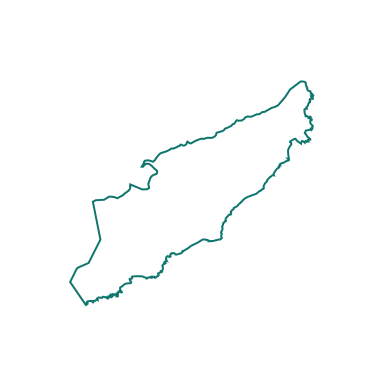 the district of Fomboni, Moûhîlî, Comoros, rotated 114°
{"feature_id": "10938185B23268545061954", "entity_name": "Fomboni", "entity_type": "district", "adm_level": 2, "iso_a3": "COM", "parent_name": "Comoros", "parent_adm1": "Moûhîlî", "projection": "robinson", "projection_center": [43.719, -12.295], "detail": "fine", "context": "isolated", "style": "outline", "palette": "teal", "viewbox_px": 384, "rotation_deg": 114, "n_neighbors": 0, "source": "geoboundaries", "source_scale": "gbopen_adm2", "svg_char_len": 6032}
<svg xmlns="http://www.w3.org/2000/svg" viewBox="0 0 384 384"><g transform="rotate(114 192 192)"><path d="M338.4,243.0L337.2,242.4L337.2,242.1L336.9,241.9L336.4,242.0L336.3,242.6L335.7,242.6L335.5,243.3L334.5,243.0L333.0,240.8L332.2,239.1L332.3,238.6L333.0,238.2L333.2,237.8L333.0,237.4L331.9,238.0L331.5,237.7L331.0,236.4L329.3,235.4L329.2,234.1L328.9,234.3L329.0,234.9L328.6,235.4L328.1,235.5L326.2,234.3L326.1,233.2L325.4,232.0L325.3,231.1L324.0,230.8L323.6,229.9L323.4,228.5L323.4,227.5L322.9,227.2L323.6,226.4L323.8,225.4L323.3,226.1L323.2,225.5L322.5,225.9L322.3,225.4L321.5,225.7L321.5,225.1L320.9,225.3L320.5,225.0L320.7,224.2L320.1,224.4L320.4,223.6L319.7,223.9L320.0,223.4L320.0,222.9L319.5,223.1L319.5,222.7L319.2,222.8L319.0,223.4L318.4,223.1L318.4,222.8L318.0,223.3L317.4,222.8L317.8,221.5L317.1,221.3L316.9,220.9L317.4,218.3L318.0,218.3L317.8,217.8L317.5,217.7L317.4,217.3L317.2,217.3L317.2,217.8L317.0,218.4L316.3,218.7L316.1,219.4L315.5,219.7L315.0,219.2L315.0,218.4L314.6,218.6L314.6,218.3L314.0,218.3L313.8,218.6L313.3,218.3L313.1,218.6L312.7,218.6L312.1,217.5L312.3,216.7L312.6,216.5L312.6,216.0L312.1,215.9L312.1,216.4L311.8,216.7L311.6,216.6L311.6,216.1L311.1,216.7L311.1,217.4L310.7,217.9L308.5,218.8L306.5,217.4L303.5,216.0L302.2,214.6L300.3,211.1L299.8,210.8L299.0,210.9L298.5,211.6L298.3,212.3L297.1,213.5L296.6,213.5L296.2,212.4L295.3,211.7L294.1,212.3L293.5,212.2L291.4,208.3L289.2,202.9L289.4,201.7L289.0,200.0L289.6,198.3L289.2,197.8L288.2,197.6L287.7,196.4L286.7,195.7L286.9,194.5L286.0,194.5L286.1,193.6L285.4,193.6L285.4,192.7L284.9,192.1L285.2,191.9L285.5,191.1L284.7,190.1L283.9,190.2L282.7,188.9L281.7,189.1L281.4,188.7L280.3,189.8L280.0,189.8L278.9,188.6L278.4,188.5L278.0,187.9L277.0,188.3L276.9,187.7L277.3,187.2L277.1,186.9L273.3,187.6L272.4,188.1L271.6,189.1L270.3,189.0L269.8,188.5L268.8,188.6L268.7,188.4L268.7,187.9L268.4,187.6L267.9,187.9L267.8,188.4L267.6,188.5L267.4,187.9L267.1,188.5L266.9,188.5L265.8,187.8L265.4,187.8L265.3,187.2L265.0,187.7L264.6,187.6L263.9,188.6L262.8,188.6L261.9,189.0L260.6,188.4L260.3,187.1L260.6,186.1L259.9,185.8L259.6,185.4L257.9,186.4L256.9,186.1L256.3,185.2L255.9,185.3L255.2,183.6L255.1,183.1L255.8,181.9L255.6,180.9L252.3,176.9L249.8,176.0L249.7,176.4L248.3,175.0L247.0,174.3L245.9,173.3L241.4,170.8L236.2,166.4L231.1,162.9L230.0,160.8L230.0,159.3L229.5,158.2L229.6,157.5L230.2,157.0L229.9,156.8L229.9,156.3L229.7,156.1L229.5,155.0L229.1,154.8L228.3,152.9L227.5,151.9L226.9,151.4L226.2,150.1L225.1,149.1L223.8,146.8L221.8,146.0L221.5,146.7L220.3,147.5L218.0,147.8L217.6,148.7L217.2,149.1L214.5,148.9L212.5,149.4L211.5,150.4L209.6,150.3L208.4,150.7L207.0,150.7L206.6,150.0L205.4,150.0L204.9,149.3L204.5,149.3L204.3,149.8L203.6,150.1L202.2,150.4L197.7,148.9L196.9,147.5L196.4,147.6L196.3,147.4L196.0,147.4L195.3,148.0L194.8,147.9L194.4,148.5L193.9,148.5L191.7,147.8L191.1,147.1L189.6,147.3L186.6,145.0L183.4,144.0L182.1,143.2L180.8,143.0L180.4,142.5L178.8,142.2L176.1,140.9L173.7,139.0L167.3,132.4L163.8,130.8L162.9,129.7L161.7,129.5L160.0,128.0L159.4,127.9L158.5,128.6L157.4,128.9L154.6,128.9L151.9,127.9L150.1,128.1L147.1,127.0L144.0,125.3L143.5,124.8L143.4,124.0L143.2,124.2L143.2,124.6L142.1,124.8L139.1,124.5L136.4,123.9L134.4,122.6L134.3,122.8L133.9,122.5L133.4,123.1L132.8,122.8L132.5,122.9L132.2,122.5L132.1,123.0L131.9,123.0L131.7,122.5L130.7,122.9L129.3,121.9L127.5,119.8L126.0,118.9L123.6,116.5L123.3,116.7L122.8,117.7L122.7,117.0L122.3,116.8L121.3,117.7L117.6,119.9L114.6,121.3L111.6,121.3L109.3,121.0L108.6,120.6L106.9,121.2L106.6,122.7L105.9,122.9L102.3,120.4L101.3,119.2L102.3,117.3L102.9,115.4L103.4,112.1L102.5,112.5L102.1,112.2L100.9,112.3L100.6,111.9L100.5,111.1L101.0,109.3L100.4,109.6L99.8,109.1L99.7,108.3L99.2,108.5L99.1,107.4L98.5,106.0L98.1,106.1L97.3,107.4L96.0,106.9L95.9,105.4L95.5,105.6L95.4,106.8L94.8,107.6L94.7,108.9L93.2,111.0L92.2,113.0L89.5,112.9L88.8,111.8L87.0,109.6L87.0,108.6L86.0,109.0L86.0,107.9L85.7,107.8L85.2,107.9L85.2,108.4L84.7,108.6L84.2,108.2L83.8,108.3L83.5,108.6L83.1,108.3L82.5,108.5L82.1,109.3L81.9,110.2L81.0,111.8L79.9,112.6L79.0,112.9L78.3,112.3L77.9,112.8L77.7,112.7L77.7,112.0L77.3,111.8L77.1,112.1L77.1,113.2L76.9,113.2L77.0,115.7L76.6,115.7L75.6,115.0L75.6,114.6L75.3,114.2L75.2,114.5L75.1,114.8L76.2,116.2L75.9,118.0L76.6,118.9L73.6,121.5L71.4,122.5L71.3,122.8L70.6,122.7L70.0,122.2L69.2,121.0L68.4,122.0L66.3,121.3L63.6,121.6L62.2,121.1L62.0,120.7L61.4,120.8L61.1,121.4L60.4,121.3L60.2,122.0L59.3,122.1L57.8,120.6L57.9,120.2L57.4,120.0L57.4,119.6L57.0,119.8L57.3,121.1L56.0,122.3L54.9,120.4L54.4,120.5L54.5,121.6L54.3,121.9L53.6,122.0L53.5,122.6L53.8,123.4L53.0,123.6L52.4,124.7L51.9,124.8L52.2,127.3L51.0,128.7L50.2,128.9L50.2,129.4L49.2,130.0L48.6,130.9L47.7,131.4L47.1,132.1L46.1,132.3L45.7,132.8L45.6,134.5L46.8,137.7L58.5,144.1L67.2,145.5L77.8,148.6L80.8,151.1L82.6,153.3L89.2,158.2L90.3,160.2L93.3,162.0L94.1,163.0L94.6,164.4L98.9,168.2L99.7,169.7L100.5,172.1L102.2,173.7L104.1,174.1L106.4,175.6L107.9,178.3L108.3,180.4L112.6,181.2L113.5,182.4L115.7,183.1L119.2,186.0L120.1,187.1L120.9,187.7L122.1,187.8L123.3,188.5L124.6,189.7L127.8,193.5L128.4,193.7L129.6,193.3L130.6,193.3L131.8,193.8L133.5,194.8L135.1,197.0L136.0,199.7L138.8,203.0L139.5,205.3L143.9,209.7L148.0,212.7L148.4,214.1L147.8,216.6L148.8,216.9L149.9,216.6L151.4,216.9L152.5,217.8L153.1,218.8L153.3,220.7L153.2,221.5L154.0,222.0L155.1,222.1L156.0,223.5L157.3,224.2L159.8,226.6L160.7,228.6L162.1,229.3L165.2,231.8L169.3,236.4L171.5,237.5L175.9,238.6L177.9,238.8L180.2,239.9L180.5,243.3L181.2,245.7L182.7,247.8L183.7,248.1L185.8,247.7L189.3,248.3L189.0,247.2L184.9,245.7L183.8,242.7L184.4,239.7L185.9,235.9L186.8,232.6L188.3,231.8L189.7,231.7L192.1,234.1L193.6,235.1L196.0,235.7L202.5,235.2L205.7,232.8L207.8,234.2L209.9,238.5L210.2,251.5L211.7,251.0L212.7,250.3L214.9,250.0L217.0,250.7L221.5,253.3L222.6,253.5L228.0,257.6L228.3,261.1L229.4,264.7L230.2,266.0L234.8,269.1L238.7,276.6L241.2,278.6L272.7,256.3L298.9,257.6L307.7,265.6L309.0,266.1L323.8,266.7L338.4,243.0Z" fill="none" stroke="#0f766e" stroke-width="2"/></g></svg>